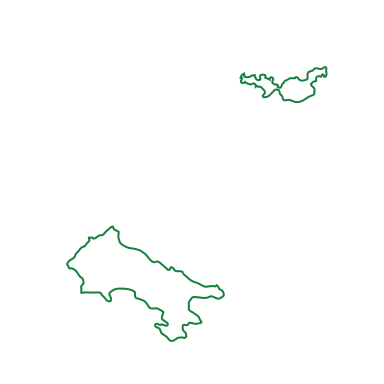 Likoma, Likoma, Malawi, rotated 102°
{"feature_id": "42251766B55477981037231", "entity_name": "Likoma", "entity_type": "district", "adm_level": 2, "iso_a3": "MWI", "parent_name": "Malawi", "parent_adm1": "Likoma", "projection": "natural_earth1", "projection_center": [34.694, -12.051], "detail": "fine", "context": "isolated", "style": "outline", "palette": "green", "viewbox_px": 384, "rotation_deg": 102, "n_neighbors": 0, "source": "geoboundaries", "source_scale": "gbopen_adm2", "svg_char_len": 5942}
<svg xmlns="http://www.w3.org/2000/svg" viewBox="0 0 384 384"><g transform="rotate(102 192 192)"><path d="M299.5,171.8L298.0,171.3L296.6,170.6L295.2,169.9L294.4,168.6L294.0,167.1L293.9,165.3L293.7,163.6L293.4,160.3L293.2,158.6L292.9,157.0L292.4,155.5L291.5,154.0L290.5,152.8L290.0,151.3L290.0,149.7L290.4,148.1L290.8,146.4L291.0,144.6L290.5,143.0L289.5,141.9L288.4,140.8L287.3,139.7L285.9,139.5L284.4,140.1L283.1,141.0L282.1,142.2L281.6,143.7L281.2,145.3L279.9,146.1L278.8,147.1L278.0,148.5L279.4,149.5L279.7,151.2L279.7,152.8L280.3,154.2L280.7,155.8L281.3,157.4L281.9,158.9L281.8,160.7L281.4,162.4L280.9,163.9L280.5,165.6L280.0,167.3L279.7,169.0L279.3,172.4L278.8,174.1L278.2,175.7L277.5,177.1L276.8,178.4L275.7,179.9L275.2,181.3L274.4,182.6L273.3,183.9L272.1,184.8L271.9,186.5L272.1,188.0L272.5,189.7L272.7,191.3L272.1,192.7L271.1,194.1L270.0,195.2L269.9,196.9L271.2,197.4L272.8,197.8L273.2,199.3L271.5,202.1L270.6,203.5L269.8,205.0L269.2,206.4L268.3,207.8L267.5,209.2L267.1,210.7L267.5,212.3L268.3,213.7L268.7,215.2L268.2,216.8L267.4,218.2L266.5,219.4L265.5,220.8L264.5,222.0L263.5,223.2L262.6,224.5L261.9,226.0L261.2,227.5L260.5,229.0L260.0,230.6L259.7,232.3L259.6,234.1L259.5,235.7L259.5,237.4L259.7,239.0L259.8,240.7L259.8,242.3L259.6,243.9L259.3,245.5L258.8,247.0L258.4,248.6L257.8,250.0L256.9,251.4L255.8,252.4L253.1,253.8L251.8,254.6L250.4,254.9L249.0,255.0L247.5,255.1L246.2,255.5L245.6,257.2L245.3,258.8L244.7,260.4L243.5,261.5L242.3,262.2L242.9,263.6L244.2,264.6L245.4,265.6L246.7,266.5L247.9,267.5L249.1,268.2L250.4,269.0L251.8,269.7L252.9,270.9L253.3,272.6L254.1,274.0L255.2,275.2L256.4,276.2L257.5,277.2L258.1,278.8L257.2,280.1L257.8,281.7L258.1,283.4L259.5,282.8L260.9,282.2L262.3,282.9L263.6,283.9L264.9,284.6L266.2,285.2L267.5,285.7L268.2,287.2L269.2,288.4L270.8,289.4L272.1,290.2L273.5,290.8L274.7,291.6L276.0,292.4L277.3,292.9L278.8,293.1L280.4,293.5L281.6,294.3L282.6,295.5L283.7,296.8L284.9,297.8L286.4,298.6L287.7,299.1L289.1,299.0L290.0,297.7L291.3,297.0L292.3,295.8L291.7,294.1L291.8,292.5L292.5,290.6L293.3,289.2L294.2,288.0L295.3,286.8L296.5,285.7L297.5,284.6L298.4,283.3L298.9,281.8L300.0,280.6L301.3,279.9L302.8,279.3L304.1,279.2L305.4,279.9L306.7,280.6L308.1,280.7L310.9,279.7L312.3,279.7L313.6,279.2L313.1,277.5L312.5,275.9L312.1,274.3L311.9,272.7L311.5,270.8L311.2,269.3L310.9,267.6L310.4,265.9L310.0,264.2L309.7,262.4L309.5,260.7L310.7,259.5L311.8,258.5L312.5,257.1L313.4,255.7L314.4,254.5L315.4,253.3L316.1,251.9L316.2,250.0L315.2,248.8L313.7,248.8L312.4,249.4L311.0,250.3L309.8,251.2L308.4,251.8L307.0,251.1L305.8,250.1L304.7,249.0L303.7,247.9L302.8,246.5L302.2,245.1L301.7,243.5L301.3,241.7L301.0,240.0L300.7,238.4L300.5,236.6L300.4,235.0L300.3,233.3L300.4,231.7L300.6,230.1L301.2,228.1L302.0,226.8L303.5,226.6L304.9,226.4L306.3,225.7L307.4,224.6L307.5,222.9L307.6,221.3L308.1,218.1L308.4,216.5L309.1,215.0L310.1,213.6L311.1,212.5L313.4,210.2L314.2,209.0L314.3,207.3L314.0,205.5L313.6,204.0L313.0,202.0L313.5,200.3L313.9,198.8L314.4,197.2L314.9,195.6L316.1,194.9L317.5,195.2L319.0,195.4L320.6,195.4L322.0,195.2L323.1,194.2L323.6,192.6L324.2,191.1L324.9,189.5L325.9,188.3L327.3,188.2L328.3,189.3L328.2,191.0L327.8,192.6L327.7,194.2L328.8,195.2L328.6,196.9L328.0,198.3L328.5,199.9L329.8,200.5L331.1,199.8L331.8,198.1L332.0,196.5L332.7,195.0L334.0,194.3L335.1,193.3L336.4,192.6L337.2,190.9L337.9,189.2L338.5,187.6L339.2,186.1L341.3,183.7L342.0,182.2L341.8,180.5L341.1,179.0L340.1,178.0L338.9,176.8L337.7,175.8L337.1,174.4L336.6,172.7L336.2,171.1L336.4,169.5L335.7,168.1L334.3,167.6L332.7,168.2L331.3,168.7L330.4,170.0L329.6,171.4L328.6,172.4L327.2,172.6L325.9,173.1L324.4,173.2L323.4,172.0L323.5,170.4L323.2,168.8L322.0,168.1L320.6,167.7L320.2,166.1L320.3,164.5L320.3,162.7L320.3,161.0L319.6,159.6L319.1,158.1L318.6,156.5L317.3,155.7L316.2,156.6L315.0,157.9L313.8,158.7L312.5,159.7L311.8,161.2L310.4,164.3L309.8,165.8L309.3,167.3L308.8,168.8L308.0,170.3L306.7,171.1L305.4,171.1L303.8,171.4L302.4,171.8L301.0,172.1L299.5,171.8ZM53.6,94.0L52.6,92.9L52.2,91.3L52.4,89.7L51.0,89.4L49.7,88.7L50.3,87.3L51.7,86.9L51.4,85.3L50.0,84.9L48.5,85.0L47.0,85.4L45.7,86.0L44.3,86.1L42.9,86.3L42.0,87.5L42.8,88.9L43.9,89.8L44.8,91.1L45.2,92.7L44.9,94.4L45.1,96.0L45.6,97.5L46.9,98.5L48.1,99.2L48.9,100.5L49.6,101.9L50.8,103.1L52.2,103.6L53.8,103.3L55.3,103.0L56.6,102.6L58.0,102.8L58.7,104.2L59.4,105.6L60.1,107.0L60.3,108.7L59.9,110.3L58.9,111.4L58.0,112.6L58.0,114.3L59.3,114.9L59.6,116.5L60.1,118.2L60.3,119.8L61.4,120.9L62.4,122.0L63.3,123.3L64.3,124.4L65.7,124.9L66.9,125.7L68.2,126.3L70.0,126.5L71.4,126.9L71.8,128.4L71.5,130.0L70.1,129.9L69.2,131.2L69.6,132.7L69.3,134.3L68.7,135.9L67.4,136.4L66.0,136.2L64.6,136.0L63.5,136.9L63.3,138.6L64.6,139.5L66.0,139.3L65.6,140.8L65.2,142.4L65.1,144.0L63.7,144.2L62.4,144.8L62.4,146.5L62.7,148.0L63.5,149.3L65.0,149.6L66.3,149.0L67.7,148.6L68.6,149.8L68.8,151.3L68.2,152.8L66.9,153.5L66.0,154.7L64.6,154.9L65.1,156.4L65.8,157.9L66.9,158.9L67.6,160.2L68.3,161.8L68.4,163.4L68.0,165.0L66.6,165.0L65.4,165.7L67.5,167.8L68.9,168.0L70.3,168.2L70.3,166.6L71.7,166.7L73.1,167.3L74.4,166.9L75.1,165.5L74.4,164.1L73.3,163.0L74.2,161.8L74.3,160.1L74.6,158.5L74.5,156.8L73.6,155.4L72.8,154.2L73.4,152.8L74.5,151.8L75.8,151.5L74.7,150.6L75.3,148.9L74.8,147.4L75.1,145.8L76.2,144.9L76.9,143.4L77.9,142.2L79.1,141.4L80.6,141.3L81.7,142.2L83.1,142.8L84.3,142.0L84.2,140.4L83.6,139.0L82.7,137.7L81.6,136.5L80.4,135.7L79.2,134.9L77.9,134.1L76.7,133.3L75.4,132.7L74.4,131.5L74.1,129.9L74.3,128.3L75.4,127.3L77.0,126.7L78.2,125.9L79.0,124.5L80.0,123.3L81.3,122.8L82.5,122.2L83.2,120.7L82.7,119.1L82.0,117.7L81.7,116.0L81.8,114.4L82.0,112.7L82.3,111.1L82.5,109.5L82.1,107.6L81.5,105.9L80.8,104.5L79.8,103.1L78.9,101.9L77.8,100.7L76.7,99.7L75.5,98.5L74.5,97.4L73.5,96.0L72.5,94.6L71.7,93.3L70.2,92.7L68.8,93.1L67.2,93.3L65.8,93.5L64.7,94.5L63.8,96.0L63.1,97.3L61.8,98.1L60.5,97.4L59.2,96.5L58.3,95.3L57.8,93.8L56.4,93.9L55.0,94.2L53.6,94.0Z" fill="none" stroke="#15803d" stroke-width="2"/></g></svg>